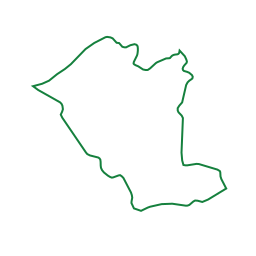 map outline of Kotayk (Robinson projection), rotated 162°
{"feature_id": "ARM-1673", "entity_name": "Kotayk", "entity_type": "Province", "adm_level": 1, "iso_a3": "ARM", "parent_name": "Armenia", "parent_adm1": "", "projection": "robinson", "projection_center": [44.631, 40.391], "detail": "fine", "context": "isolated", "style": "outline", "palette": "green", "viewbox_px": 256, "rotation_deg": 162, "n_neighbors": 0, "source": "natural_earth", "source_scale": "10m", "svg_char_len": 1702}
<svg xmlns="http://www.w3.org/2000/svg" viewBox="0 0 256 256"><g transform="rotate(162 128 128)"><path d="M141.2,45.2L147.2,49.7L147.9,55.6L147.2,57.3L145.5,60.4L145.1,62.9L145.1,65.7L147.8,81.9L148.9,84.1L150.1,85.6L151.7,85.8L157.3,85.6L158.7,85.8L160.2,87.0L161.9,89.0L164.6,93.1L165.7,95.9L166.0,98.5L165.6,100.6L164.5,104.3L164.1,106.5L164.5,107.9L165.4,109.1L172.7,113.7L174.8,115.8L175.6,117.8L187.3,158.0L187.8,161.5L185.5,164.0L184.1,166.0L183.5,169.4L183.7,171.3L184.6,173.3L201.6,191.8L205.4,197.1L196.0,196.6L188.5,197.4L178.8,201.1L169.8,203.6L162.7,206.3L144.0,216.2L133.8,219.3L121.4,221.3L119.7,221.1L116.7,219.6L114.9,218.0L112.5,212.6L110.2,211.5L108.3,207.0L106.6,205.9L105.0,205.3L100.1,206.0L95.9,205.7L94.2,204.5L93.6,202.8L94.0,200.8L94.7,198.6L95.5,196.8L96.3,195.2L97.1,194.1L101.1,190.0L102.2,188.8L102.8,187.5L102.5,186.7L101.3,185.3L99.2,183.5L95.6,179.0L93.3,177.7L91.3,177.1L88.5,177.9L81.5,181.1L80.0,181.5L70.3,182.4L67.2,181.6L66.4,181.6L65.8,182.0L64.2,182.9L63.4,183.2L62.1,183.4L60.7,183.3L58.2,182.8L57.3,182.9L56.7,183.2L56.2,183.6L55.9,184.0L55.7,184.4L55.0,185.7L51.8,178.7L51.4,175.3L51.4,173.1L52.1,171.9L55.2,170.1L56.6,169.0L57.7,167.5L57.8,166.2L57.2,165.0L54.4,163.1L52.7,161.6L50.8,158.5L50.6,156.7L51.5,155.2L53.2,154.6L55.0,154.1L57.2,153.0L59.4,150.9L68.6,135.6L72.3,133.4L74.6,131.5L75.3,129.3L75.1,127.3L73.1,123.2L72.7,120.5L84.7,88.1L86.5,80.4L86.7,75.7L85.0,74.8L83.3,74.2L73.9,72.7L71.7,71.8L55.8,60.8L54.0,58.7L53.9,57.5L55.0,53.3L55.0,50.5L53.3,40.1L74.0,35.2L80.2,34.7L84.2,37.3L86.6,38.3L88.6,37.9L93.4,35.9L95.3,35.8L96.9,36.2L109.3,42.3L119.5,45.2L131.3,46.3L133.9,46.2L141.2,45.2Z" fill="none" stroke="#15803d" stroke-width="2"/></g></svg>